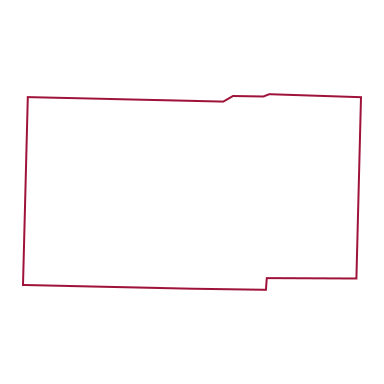 Miller, Georgia, United States of America
{"feature_id": "52423323B69845491949418", "entity_name": "Miller", "entity_type": "district", "adm_level": 2, "iso_a3": "USA", "parent_name": "United States of America", "parent_adm1": "Georgia", "projection": "albers", "projection_center": [-84.711, 31.163], "detail": "fine", "context": "isolated", "style": "outline", "palette": "rose", "viewbox_px": 384, "rotation_deg": 0, "n_neighbors": 0, "source": "geoboundaries", "source_scale": "gbopen_adm2", "svg_char_len": 263}
<svg xmlns="http://www.w3.org/2000/svg" viewBox="0 0 384 384"><path d="M23.0,285.0L191.2,288.7L265.9,289.8L266.8,278.1L356.4,278.5L361.0,97.2L269.3,94.2L263.4,96.5L233.0,96.0L223.3,101.6L27.8,97.1L23.0,285.0Z" fill="none" stroke="#9f1239" stroke-width="2"/></svg>